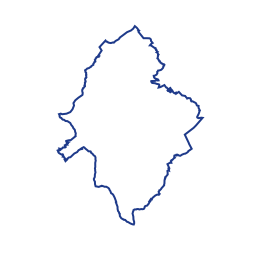 Helegiu, Bacau, Romania, rotated 157°
{"feature_id": "2599482B3078952345821", "entity_name": "Helegiu", "entity_type": "district", "adm_level": 2, "iso_a3": "ROU", "parent_name": "Romania", "parent_adm1": "Bacau", "projection": "natural_earth1", "projection_center": [26.779, 46.352], "detail": "fine", "context": "isolated", "style": "outline", "palette": "blue", "viewbox_px": 256, "rotation_deg": 157, "n_neighbors": 0, "source": "geoboundaries", "source_scale": "gbopen_adm2", "svg_char_len": 5823}
<svg xmlns="http://www.w3.org/2000/svg" viewBox="0 0 256 256"><g transform="rotate(157 128 128)"><path d="M174.9,85.1L174.7,84.7L174.2,84.7L172.4,83.0L170.9,82.4L169.5,80.5L169.1,79.5L169.2,78.4L168.9,76.8L169.0,74.5L168.1,73.4L167.7,72.1L167.5,69.1L167.7,64.6L167.8,64.3L168.2,64.3L168.4,59.6L169.2,57.6L169.6,55.5L169.2,53.9L169.4,53.0L169.2,52.5L169.4,52.4L169.4,51.5L169.9,50.1L169.5,47.8L168.5,46.1L167.8,45.7L167.6,45.0L166.5,44.5L165.6,42.1L164.6,41.3L163.1,39.2L161.5,37.6L160.4,36.9L159.7,37.6L159.0,39.2L158.7,41.7L157.7,44.4L157.2,47.6L156.6,48.2L156.3,48.8L155.2,49.8L155.1,50.2L153.9,50.5L152.1,49.8L151.6,49.9L150.4,49.5L149.4,48.6L147.4,48.2L146.7,47.7L145.2,47.3L143.8,48.2L143.3,49.1L142.6,49.4L140.5,49.1L139.4,49.9L138.5,50.2L137.7,51.0L136.3,51.8L136.9,52.2L135.4,53.2L135.1,52.9L134.9,53.0L134.5,53.6L133.9,53.0L132.8,54.1L129.2,55.2L127.1,55.3L125.8,54.5L125.3,54.5L124.6,55.0L124.9,55.8L124.7,57.4L123.6,58.0L123.5,58.3L123.1,58.2L121.4,58.9L120.8,59.4L117.2,61.1L117.2,61.4L116.2,62.6L114.8,65.6L113.5,67.4L113.4,67.1L112.3,68.3L109.6,69.7L109.4,70.5L109.1,70.9L108.5,73.1L107.5,73.4L106.9,72.8L106.8,73.5L106.4,73.8L106.5,75.0L105.7,75.0L105.8,79.3L103.0,79.6L101.8,79.1L101.8,79.7L101.6,80.4L101.3,80.3L101.1,81.0L100.2,81.2L100.2,81.4L99.4,81.4L97.6,82.2L96.5,82.4L96.8,83.2L96.2,84.3L96.0,84.2L95.7,84.5L95.1,84.5L94.3,84.1L94.3,83.8L94.1,83.7L93.9,84.1L93.7,84.1L93.6,84.4L92.8,84.1L91.7,82.6L90.7,82.0L88.4,82.4L86.2,82.3L85.2,82.0L83.1,82.3L81.9,82.7L81.3,83.3L80.6,83.3L77.5,84.0L78.0,89.8L77.9,90.3L78.3,99.7L67.5,102.5L64.6,103.7L55.4,108.2L56.6,108.9L59.2,109.5L60.0,110.3L60.1,111.1L57.2,113.6L55.6,115.5L55.6,116.1L55.0,116.2L55.2,119.0L54.4,120.8L55.6,121.6L55.8,122.3L55.7,123.8L55.9,124.6L58.2,127.4L59.2,127.7L59.4,128.6L58.9,129.7L59.2,131.1L60.8,132.0L62.0,132.0L62.0,132.3L61.9,132.4L62.4,133.4L62.9,135.2L65.5,136.9L67.1,141.4L70.2,140.8L70.0,141.8L70.6,141.8L71.2,141.5L71.8,142.0L72.4,143.3L72.6,145.3L73.2,146.9L73.4,147.0L73.5,147.5L73.4,147.6L73.4,148.0L73.6,148.0L73.6,148.3L74.6,148.1L73.8,144.6L75.1,144.4L75.5,145.5L76.8,146.5L76.9,147.1L75.8,147.4L76.5,150.0L77.1,150.5L77.7,153.3L82.2,153.0L84.0,153.3L82.5,155.0L82.3,155.8L82.6,156.2L84.6,157.6L85.4,158.5L88.1,160.0L88.3,160.5L88.5,161.6L88.2,162.1L84.7,160.8L83.4,160.8L82.9,161.1L82.1,160.1L81.3,159.9L81.3,160.5L81.5,161.1L83.1,162.4L84.0,163.5L84.2,164.7L83.9,166.0L82.8,165.7L80.8,166.0L79.4,167.1L79.3,168.2L78.0,168.9L77.9,169.1L76.2,168.7L74.7,168.6L73.6,169.0L72.2,169.7L71.6,170.4L71.4,171.1L70.4,171.3L70.4,171.8L69.8,172.1L69.9,172.5L71.3,173.6L71.8,174.2L71.7,174.4L72.2,174.9L72.3,175.4L72.6,175.6L72.6,176.8L73.1,177.1L73.1,177.7L72.9,177.9L73.2,178.4L73.3,180.1L73.7,180.6L72.5,182.1L72.4,182.6L71.9,182.9L71.8,183.7L71.6,184.1L71.4,184.1L71.5,184.3L71.4,185.1L71.6,185.9L72.0,186.4L71.1,186.6L71.4,187.0L71.3,188.1L71.5,188.3L71.3,189.1L71.4,189.3L71.8,189.3L71.8,189.7L71.4,190.6L71.9,191.2L72.2,191.2L74.6,195.1L75.5,195.5L74.7,196.0L72.6,196.7L72.1,196.7L72.8,199.1L72.4,200.4L72.5,201.2L73.1,202.1L73.8,202.5L78.6,204.6L78.7,204.9L80.8,212.4L80.6,212.9L79.8,213.2L80.3,213.9L80.0,214.0L80.7,216.7L81.9,219.1L84.4,217.4L86.2,216.9L87.1,216.6L91.4,216.6L100.4,214.4L100.8,213.9L102.1,213.3L105.4,213.0L107.7,212.1L108.2,212.6L110.6,212.9L112.2,213.9L112.9,214.5L113.2,215.4L114.2,215.9L114.5,217.3L121.3,214.2L122.6,213.6L122.5,213.2L122.0,209.6L127.0,206.3L126.4,205.5L126.7,205.4L127.1,205.9L127.7,205.5L127.7,205.3L128.0,205.5L128.7,205.3L129.2,205.5L129.8,204.9L130.5,204.8L131.2,203.9L131.9,203.6L131.9,202.5L132.5,202.2L132.4,201.9L133.2,201.8L133.3,201.5L134.8,200.7L135.2,199.7L137.6,199.3L138.4,198.7L139.6,198.7L140.6,198.4L142.2,198.7L144.2,197.9L144.6,198.1L145.0,197.8L145.1,196.6L145.3,196.2L144.9,195.3L145.0,195.0L145.4,194.3L145.4,193.8L145.8,193.4L145.7,193.0L146.1,192.7L146.5,190.9L147.4,190.6L147.4,190.4L147.9,190.3L148.3,189.9L148.7,188.9L148.7,188.0L149.1,187.5L149.0,187.1L149.9,186.7L150.1,185.9L150.7,185.2L150.8,184.5L151.4,184.2L151.2,183.5L151.3,183.2L152.4,182.8L153.6,182.0L153.8,182.2L155.1,181.1L155.6,180.2L155.9,179.1L155.9,178.2L156.6,176.8L157.1,176.2L161.7,175.3L165.7,174.1L168.5,172.2L168.9,169.8L171.8,166.9L174.9,165.2L179.0,165.2L183.2,166.4L184.3,167.5L186.1,167.7L186.0,166.2L186.3,165.9L186.5,165.1L186.3,164.0L185.4,163.3L185.3,162.3L184.8,161.2L183.8,160.7L182.7,158.8L181.1,158.0L179.2,155.2L179.0,152.8L178.5,151.3L178.3,150.0L178.4,149.1L177.7,147.3L178.2,144.5L178.1,143.6L179.3,141.6L179.3,141.0L185.5,139.2L186.0,139.4L186.3,139.1L186.5,139.1L187.0,139.3L187.2,139.8L188.1,139.8L188.2,140.0L189.6,140.2L189.5,139.6L189.1,139.0L189.4,138.7L190.0,138.9L189.9,138.4L189.6,138.2L189.9,138.2L189.4,138.0L189.4,137.8L189.6,137.9L189.7,137.5L190.2,137.5L190.3,136.6L190.8,137.0L191.1,136.5L191.7,136.6L192.0,136.9L193.0,136.8L193.1,136.3L192.7,135.3L192.8,134.8L193.7,134.7L193.9,134.8L193.9,135.2L194.9,135.2L195.7,135.5L196.6,134.9L198.1,135.0L198.8,135.5L198.7,134.9L199.1,135.0L198.9,134.5L199.0,134.2L200.3,134.1L200.8,134.1L201.2,134.8L201.5,134.8L201.4,134.2L201.6,133.4L201.5,132.4L201.2,131.7L199.5,129.4L198.5,129.4L198.3,129.2L198.3,128.3L198.4,127.9L198.6,127.9L198.5,127.3L199.1,127.0L198.3,126.4L198.0,124.8L197.7,124.3L197.7,123.0L198.1,122.9L198.6,123.2L198.5,121.9L196.4,122.7L195.9,123.0L195.7,123.5L194.7,123.8L193.9,124.0L192.4,123.6L187.4,125.5L184.2,125.7L182.1,126.9L180.7,126.9L179.9,127.3L178.8,126.6L178.4,126.6L178.3,127.5L176.3,127.7L175.8,127.1L175.2,125.5L174.0,123.3L173.5,122.0L171.6,121.1L171.5,120.8L171.7,119.8L170.7,118.0L170.3,116.3L169.4,114.9L169.4,113.7L170.3,111.6L170.4,110.7L171.8,108.7L173.4,104.8L174.2,103.8L174.5,102.5L175.0,101.3L175.2,100.0L176.6,98.2L177.7,95.9L179.4,94.4L179.6,93.1L179.4,91.6L180.3,89.2L180.6,87.0L177.9,85.2L174.9,85.1Z" fill="none" stroke="#1e3a8a" stroke-width="2"/></g></svg>